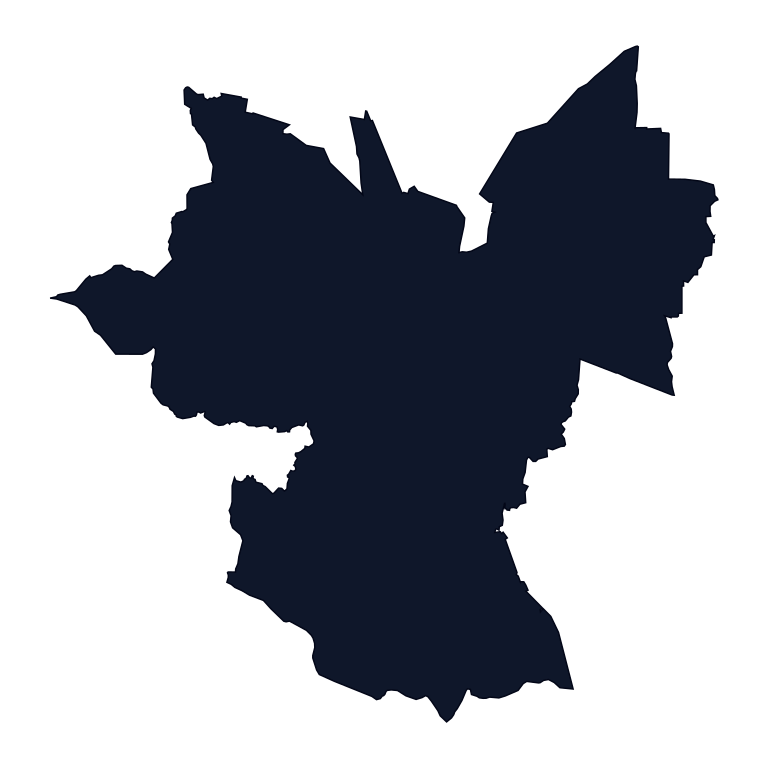 outline of Sayula, Jalisco, Mexico
{"feature_id": "50627088B35146246473930", "entity_name": "Sayula", "entity_type": "district", "adm_level": 2, "iso_a3": "MEX", "parent_name": "Mexico", "parent_adm1": "Jalisco", "projection": "robinson", "projection_center": [-103.599, 19.857], "detail": "fine", "context": "isolated", "style": "filled", "palette": "ink", "viewbox_px": 768, "rotation_deg": 0, "n_neighbors": 0, "source": "geoboundaries", "source_scale": "gbopen_adm2", "svg_char_len": 6086}
<svg xmlns="http://www.w3.org/2000/svg" viewBox="0 0 768 768"><path d="M196.7,94.2L188.7,87.3L187.2,87.0L185.6,87.8L184.1,90.0L184.7,104.3L191.3,108.4L190.3,110.4L190.5,113.6L191.5,114.1L192.6,124.9L195.3,127.0L195.8,128.9L198.6,133.1L200.8,135.2L206.0,143.3L210.1,159.4L212.7,163.9L213.3,166.5L211.6,180.2L213.3,182.4L190.8,188.6L187.0,194.8L187.1,208.6L186.5,209.6L182.8,211.8L181.9,211.5L176.3,213.2L175.2,215.9L172.4,218.1L172.3,220.2L171.4,222.6L172.0,223.6L172.5,232.4L168.5,241.9L169.8,244.0L168.7,249.4L172.8,259.3L154.3,278.0L145.7,274.1L142.6,271.9L136.8,271.0L134.4,271.7L132.0,270.8L129.8,268.8L126.3,268.2L122.0,265.3L115.7,265.5L113.9,266.1L111.7,268.8L102.5,274.8L98.5,275.3L90.8,277.7L89.7,275.9L85.8,279.2L76.3,290.7L74.7,291.8L60.2,294.3L57.8,295.0L56.5,296.7L50.1,298.1L56.6,299.0L75.1,305.0L77.9,306.8L86.3,315.8L94.6,331.2L100.5,335.2L115.7,354.1L142.5,354.2L146.5,352.6L150.9,349.6L153.2,346.9L155.5,349.0L155.4,354.0L154.0,360.7L152.0,363.8L152.9,367.2L151.3,387.2L153.0,389.0L153.5,393.2L161.0,403.2L163.1,404.8L167.8,406.0L169.2,407.2L170.0,409.2L173.5,411.5L174.7,414.1L176.1,414.7L176.2,416.1L177.2,417.0L182.7,418.6L190.5,417.3L193.8,416.1L195.5,416.2L196.4,414.9L197.0,412.1L198.9,412.0L200.6,413.0L204.7,411.4L205.2,412.0L204.3,415.5L204.8,417.0L214.0,423.6L218.7,425.4L223.4,424.9L226.8,422.8L228.2,422.7L229.6,424.1L230.8,422.4L234.1,421.6L236.4,422.3L239.7,420.6L245.8,423.2L246.8,424.6L248.7,425.6L254.8,425.8L256.4,426.8L263.6,425.5L267.4,425.8L268.8,426.5L269.8,428.0L272.2,428.5L274.0,426.3L276.0,426.6L276.9,426.9L277.7,429.2L277.3,431.8L278.6,432.1L284.7,431.6L286.6,430.6L287.8,431.9L289.5,431.8L289.7,429.9L291.8,427.5L298.7,424.9L302.6,425.8L303.7,425.2L305.1,422.2L307.1,421.3L307.8,423.3L307.5,426.2L310.9,430.4L311.0,434.2L314.1,440.8L313.5,443.8L308.9,447.0L305.1,446.2L304.8,448.4L300.9,451.6L298.5,452.8L295.8,453.1L295.3,454.2L295.5,455.8L297.2,457.6L297.3,458.6L294.9,462.4L295.2,463.6L293.8,465.2L295.3,466.5L295.9,469.4L294.6,470.9L292.7,471.2L290.8,470.5L288.7,474.2L287.4,475.2L287.6,477.0L288.7,477.3L289.2,478.6L287.4,483.4L287.0,488.8L285.2,490.6L284.3,491.0L281.7,488.4L278.6,488.1L273.8,493.3L272.3,493.6L265.2,486.6L262.9,485.5L262.0,483.7L255.9,482.2L255.1,479.5L253.5,478.8L253.0,478.0L253.3,476.2L252.3,475.7L250.9,478.3L249.5,477.7L248.0,475.7L247.1,475.8L246.1,478.4L244.5,479.3L243.8,480.8L240.9,482.1L235.9,480.7L234.5,477.6L232.2,485.7L232.1,501.9L231.0,506.6L229.2,510.5L231.1,515.7L230.5,521.8L232.6,527.8L240.6,534.7L242.9,540.7L238.9,556.5L237.9,563.8L235.7,568.9L235.5,572.1L228.1,572.0L227.5,572.7L228.3,575.0L228.3,577.4L226.9,582.3L231.2,584.3L234.9,587.4L241.9,590.6L249.6,595.2L263.4,600.4L270.9,608.7L283.8,621.2L286.1,621.8L289.5,621.1L306.4,630.3L311.4,635.3L313.1,638.2L314.6,643.3L314.8,647.5L312.8,655.5L312.8,658.0L316.6,669.9L319.3,674.5L334.4,681.3L371.9,696.4L376.5,699.6L380.3,698.6L382.4,695.9L383.5,695.7L384.8,694.4L386.1,691.3L387.2,690.4L391.2,689.9L397.5,690.5L405.9,695.8L416.1,699.4L422.0,697.6L425.6,695.6L427.8,696.6L431.3,701.0L437.9,710.7L440.2,715.8L446.6,721.9L451.5,717.9L453.7,714.7L454.7,711.9L457.2,708.7L461.9,700.5L466.2,690.3L467.5,688.8L470.4,689.4L471.5,694.5L477.1,696.3L479.3,697.8L483.1,698.3L486.2,698.2L489.6,697.1L498.9,697.9L505.4,695.9L518.1,690.4L523.2,683.6L526.7,681.4L538.6,682.9L540.1,682.7L543.6,680.4L548.5,679.5L554.2,682.5L559.9,687.7L573.1,689.0L558.5,632.4L550.8,616.4L543.3,608.8L540.5,612.0L540.2,609.6L542.5,608.1L525.8,591.1L528.0,590.2L525.8,585.1L523.8,581.8L520.6,581.7L520.4,582.2L518.2,576.1L516.3,574.6L517.0,572.5L505.2,539.3L507.3,537.9L503.1,532.2L501.7,533.6L500.2,531.7L494.7,532.5L495.7,529.3L496.7,528.8L499.0,530.1L499.3,526.7L502.3,525.3L503.0,520.1L502.1,513.2L504.7,502.6L505.3,504.9L504.8,506.5L505.0,508.8L506.5,508.8L507.0,510.0L509.5,510.3L509.8,508.6L510.7,507.7L513.7,507.5L516.6,508.2L519.9,504.2L525.7,502.7L525.0,491.9L528.0,486.4L522.5,484.1L522.8,479.0L525.1,472.5L526.5,460.0L527.5,458.1L528.1,457.3L529.3,457.3L533.1,461.4L535.7,461.4L538.1,459.0L547.3,456.6L546.8,449.3L548.0,448.3L552.6,449.7L560.7,446.5L564.3,446.1L565.4,444.5L564.3,438.5L561.2,434.1L563.3,432.0L564.7,429.1L561.0,424.4L561.4,423.0L562.6,421.9L565.3,420.9L568.4,417.1L570.9,415.9L571.5,412.1L571.2,409.0L569.7,406.4L571.3,403.9L571.7,401.8L574.5,401.3L575.2,398.7L578.2,393.9L578.3,389.6L577.0,385.2L578.5,379.8L580.0,359.0L616.2,373.0L617.6,373.0L630.3,378.7L672.1,395.0L674.2,395.2L672.1,386.7L671.5,381.7L672.2,376.1L668.7,369.6L667.1,364.9L667.4,362.5L671.1,358.3L671.6,356.5L670.5,351.3L672.4,346.6L672.5,343.7L665.7,318.1L664.4,315.7L671.1,317.7L671.2,316.9L677.3,316.9L678.3,316.1L678.5,313.3L681.9,313.2L681.9,286.2L683.6,286.0L683.5,280.9L687.9,282.4L693.9,274.8L697.5,274.7L697.5,269.6L700.8,266.7L704.2,256.8L711.4,255.0L712.1,242.5L714.2,242.5L714.3,239.7L713.1,239.3L714.4,235.6L713.3,236.2L706.3,223.3L705.9,223.4L705.9,216.6L710.7,216.3L710.0,211.4L710.1,205.8L714.6,201.3L717.9,199.8L717.5,198.5L714.8,195.6L714.4,189.5L713.3,184.9L700.4,181.1L685.1,179.3L668.5,179.1L669.0,133.9L668.5,133.2L661.4,132.6L660.6,128.4L646.7,129.0L646.7,127.6L635.3,127.8L634.9,129.2L637.0,112.4L637.2,103.4L636.4,85.7L634.9,79.4L635.4,73.6L636.0,71.3L636.6,70.9L638.3,46.8L637.3,46.1L635.5,46.5L624.3,51.3L609.7,64.5L595.1,76.5L587.3,84.0L578.5,88.7L547.4,123.2L516.6,133.0L479.6,193.9L489.3,202.1L493.3,202.4L491.9,211.3L494.7,212.2L492.1,213.4L491.2,216.1L488.4,228.7L487.3,243.1L471.5,251.1L466.6,252.2L462.2,251.8L459.0,252.6L459.6,246.2L463.9,226.1L464.7,217.9L457.0,206.8L456.4,205.3L417.8,191.4L414.2,186.3L409.4,189.1L407.9,193.6L403.7,192.4L402.1,193.4L372.4,120.5L370.7,120.9L366.7,111.2L365.7,111.0L364.4,119.5L350.2,117.0L356.5,146.5L357.0,154.0L359.0,157.8L359.8,161.1L361.1,183.0L362.8,194.8L330.0,163.0L323.6,148.6L306.2,145.4L290.3,133.8L286.9,134.2L282.9,133.7L283.0,129.6L289.4,124.8L253.1,113.0L252.9,113.9L245.2,112.2L247.3,99.3L241.1,98.1L241.2,97.1L221.2,93.5L221.8,96.1L216.7,98.6L214.1,97.3L212.2,98.7L209.8,98.3L207.6,100.1L204.1,97.9L203.2,94.2L198.3,94.6L196.7,94.2Z" fill="#0f172a" stroke="#020617" stroke-width="1.5"/></svg>